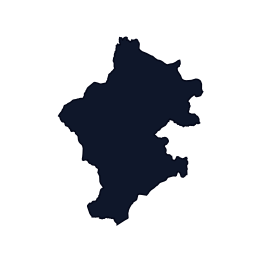 Poni, Poni, Burkina Faso (Natural Earth projection), rotated 319°
{"feature_id": "67063806B8041269423759", "entity_name": "Poni", "entity_type": "district", "adm_level": 2, "iso_a3": "BFA", "parent_name": "Burkina Faso", "parent_adm1": "Poni", "projection": "natural_earth1", "projection_center": [-3.327, 10.311], "detail": "fine", "context": "isolated", "style": "filled", "palette": "ink", "viewbox_px": 256, "rotation_deg": 319, "n_neighbors": 0, "source": "geoboundaries", "source_scale": "gbopen_adm2", "svg_char_len": 5847}
<svg xmlns="http://www.w3.org/2000/svg" viewBox="0 0 256 256"><g transform="rotate(319 128 128)"><path d="M83.6,73.4L83.9,74.7L83.9,75.2L83.0,76.9L82.5,79.3L82.7,80.3L83.5,81.0L83.7,81.5L83.8,82.5L83.7,83.1L82.9,84.4L82.7,85.3L83.8,87.2L84.0,88.4L84.0,88.9L83.7,89.8L83.8,91.3L83.1,92.8L83.2,93.3L83.4,93.6L84.7,94.2L85.8,95.8L85.7,96.5L84.9,97.9L85.2,99.7L85.1,101.3L85.0,101.7L83.0,104.5L82.3,106.3L82.2,108.2L82.5,110.2L82.4,110.9L82.3,111.6L81.6,113.0L80.9,114.2L77.4,117.9L74.9,120.3L73.6,121.3L72.8,122.3L73.2,123.1L75.2,124.0L75.9,125.2L76.5,125.6L76.2,126.1L76.3,126.4L75.9,128.0L75.9,129.2L76.7,130.6L76.9,132.2L78.6,134.2L78.8,134.3L78.7,135.8L78.4,137.0L78.5,137.3L79.0,138.2L78.8,140.0L77.8,140.9L77.5,141.0L77.1,141.4L76.3,141.8L75.3,145.7L71.8,150.1L71.0,152.2L70.7,156.4L70.4,156.9L69.8,157.0L67.8,156.7L67.1,156.8L65.0,158.1L63.1,159.7L62.6,160.0L61.8,160.0L60.5,161.3L58.6,161.1L56.9,162.0L56.2,162.2L54.9,161.7L53.4,160.5L52.5,160.5L51.1,160.9L50.4,160.7L49.9,159.8L49.5,159.7L46.8,160.1L46.1,160.8L43.4,167.4L43.1,169.2L43.1,171.0L42.7,171.5L43.4,172.2L44.4,172.9L45.1,173.8L46.6,174.7L47.0,175.2L47.5,175.3L48.1,176.5L48.2,177.8L47.9,177.8L49.1,179.5L50.0,179.6L50.8,180.5L51.5,180.4L52.1,180.6L52.7,181.1L53.5,181.2L53.7,181.4L53.9,182.5L54.2,182.6L54.8,182.5L55.0,183.1L55.1,183.7L56.0,184.4L56.3,185.3L57.2,185.9L57.7,186.8L58.0,186.9L57.8,187.4L57.9,188.1L57.4,188.6L57.4,189.1L57.1,189.4L57.2,189.7L57.0,190.7L57.3,191.8L57.2,192.6L57.0,193.2L56.5,193.8L65.4,195.1L68.4,195.8L69.0,195.7L71.9,191.9L73.4,190.9L74.1,190.2L76.9,188.8L80.4,187.6L81.3,187.7L82.5,187.5L82.9,187.0L86.7,187.6L87.7,187.4L91.2,184.9L92.1,184.7L93.4,185.4L95.1,187.2L98.0,190.7L100.7,190.3L102.2,189.8L104.8,189.6L108.4,190.0L111.1,189.9L112.7,190.2L115.8,189.8L117.1,190.1L120.8,191.6L122.6,192.0L124.8,191.3L125.8,191.2L130.0,193.2L131.4,194.1L132.4,195.3L133.2,195.4L136.4,193.5L137.1,193.6L137.7,194.7L137.8,195.7L137.6,196.9L136.5,199.4L136.7,200.4L137.6,201.3L139.8,201.4L140.7,200.8L141.8,201.6L142.1,201.4L144.4,198.4L145.7,197.7L146.3,196.4L147.5,194.6L148.1,194.3L149.5,194.0L150.8,192.5L151.0,190.5L151.7,189.9L152.3,189.9L152.4,189.2L152.8,188.7L152.1,188.1L151.5,187.9L150.8,188.5L150.2,188.2L149.7,187.5L149.2,187.5L148.5,186.8L147.7,185.0L147.2,184.8L147.2,184.3L147.0,184.1L147.2,183.3L146.9,182.7L146.4,182.2L145.8,181.9L145.0,182.4L143.7,183.0L142.2,183.2L141.8,183.1L141.4,182.7L140.5,181.2L140.6,180.6L142.2,178.0L141.8,177.7L141.8,175.9L141.6,175.6L141.3,175.1L140.4,174.6L139.9,173.6L139.8,172.5L140.3,170.8L141.4,170.3L142.2,169.5L142.7,168.4L143.1,165.8L143.4,165.4L144.8,164.8L146.5,165.4L149.3,164.7L149.8,164.2L150.1,163.7L150.5,162.3L150.5,161.5L150.3,160.5L149.8,159.7L149.3,159.2L148.4,158.8L147.6,158.2L146.3,158.1L145.6,156.8L143.9,155.1L143.6,151.8L143.3,151.2L143.3,150.8L143.9,149.8L146.5,149.9L147.9,149.4L148.6,149.4L150.6,150.0L153.3,149.4L157.9,150.3L160.3,149.8L160.4,149.6L161.3,149.4L162.4,148.9L163.0,149.6L163.7,148.9L165.6,148.8L165.8,149.0L166.0,150.2L166.6,150.5L167.0,151.1L167.0,152.1L167.4,152.5L167.1,153.5L166.8,153.9L166.8,154.3L167.5,154.9L168.3,156.6L168.1,157.2L168.1,157.9L168.9,158.5L169.1,159.2L169.0,159.7L170.5,161.6L170.8,162.6L170.7,163.2L171.3,163.4L172.3,163.2L173.9,165.1L174.4,165.3L174.9,166.0L175.5,165.8L176.0,165.9L176.3,166.3L176.7,166.5L177.2,166.5L177.3,166.9L177.6,167.0L177.4,167.3L178.3,168.2L178.9,168.4L179.2,169.1L180.2,169.2L180.7,169.0L181.2,169.3L182.7,169.0L182.9,169.3L183.4,169.4L183.7,170.0L183.6,170.3L183.9,170.6L184.6,171.0L185.4,171.1L185.4,170.4L185.8,169.6L185.9,168.9L186.6,168.6L187.3,167.6L187.8,165.7L187.9,164.9L187.3,163.3L187.4,162.2L187.3,161.3L184.9,159.3L183.5,156.6L184.0,155.7L184.0,155.2L184.3,154.9L184.7,154.8L185.3,154.2L186.0,154.2L186.2,153.7L186.7,153.3L189.1,152.1L189.4,151.5L189.4,150.6L190.4,149.6L190.5,149.1L190.3,147.8L190.7,147.0L191.5,146.5L195.5,145.9L199.7,146.1L200.1,146.3L200.2,146.7L200.0,148.4L200.5,149.3L202.7,150.5L203.0,150.5L203.7,150.9L204.7,150.9L205.2,150.6L208.2,149.6L208.1,148.8L208.9,146.7L212.2,143.0L213.0,141.0L213.3,139.6L213.0,138.4L212.5,137.2L211.2,135.7L207.0,133.8L202.7,130.6L201.3,128.8L200.6,126.8L200.8,125.5L201.8,122.9L202.6,117.5L203.3,116.1L204.3,114.9L205.6,114.5L207.3,114.9L208.1,114.1L209.3,113.8L210.7,112.0L211.3,110.8L210.1,110.2L207.1,109.9L204.1,109.1L201.6,107.5L199.1,106.3L198.4,105.3L197.5,102.3L197.4,101.2L196.7,99.1L196.1,97.9L194.7,96.2L193.9,93.3L193.5,90.2L192.5,88.5L190.8,84.1L188.5,79.6L188.0,76.9L188.1,75.5L188.7,74.6L191.4,72.0L192.0,71.0L192.1,69.7L192.7,67.8L192.6,66.9L192.0,66.3L190.1,65.9L189.2,64.8L188.4,64.9L188.4,64.3L188.1,64.5L186.2,64.6L185.9,63.9L185.7,61.8L185.5,61.3L184.9,61.0L185.4,60.1L186.1,59.8L186.5,59.4L186.3,58.6L185.7,58.0L184.5,57.5L183.0,57.7L182.1,58.1L181.8,58.0L182.2,55.8L181.8,55.5L181.0,54.4L179.4,55.8L179.2,56.3L178.2,57.3L177.6,59.1L177.2,59.4L177.1,59.8L176.7,60.0L175.3,59.1L175.3,58.0L174.9,58.0L174.6,58.3L173.8,58.3L173.5,58.5L173.0,58.4L172.7,59.2L170.8,60.6L170.5,61.3L169.8,62.1L169.3,61.9L168.6,62.0L167.9,62.6L168.0,63.1L167.1,63.0L165.6,64.1L165.6,64.6L165.4,64.8L165.4,65.0L163.3,65.8L162.1,66.8L161.6,67.4L161.0,67.7L160.4,69.9L158.0,72.6L157.2,74.5L156.0,74.6L154.4,75.0L152.5,75.0L151.6,75.3L148.7,75.2L147.2,76.5L146.7,76.6L145.7,77.4L145.3,77.5L144.0,78.9L143.0,78.8L141.2,79.8L140.5,79.6L136.1,77.1L135.1,75.7L134.6,74.6L132.9,72.1L132.3,71.6L131.8,71.5L130.0,71.5L124.4,71.3L124.0,71.5L123.4,71.5L121.8,72.3L121.0,72.4L120.4,73.2L120.0,73.3L119.7,73.1L117.8,73.6L117.3,74.0L117.0,74.6L116.2,75.2L113.8,76.1L112.8,76.0L111.9,74.9L110.5,74.1L109.8,73.9L108.5,73.0L107.8,72.9L105.3,71.3L104.3,71.0L102.7,71.1L100.7,70.9L98.7,70.3L97.1,70.3L94.8,69.5L94.2,69.7L92.3,70.9L89.9,71.5L89.4,72.1L89.0,72.3L88.6,72.2L88.2,72.4L87.7,72.3L85.7,72.7L83.6,73.4Z" fill="#0f172a" stroke="#020617" stroke-width="1.5"/></g></svg>